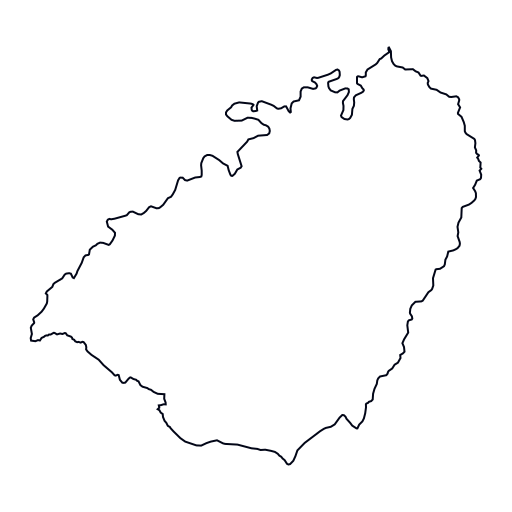 Tha Li, Loei, Thailand
{"feature_id": "78962969B23200832152912", "entity_name": "Tha Li", "entity_type": "district", "adm_level": 2, "iso_a3": "THA", "parent_name": "Thailand", "parent_adm1": "Loei", "projection": "mercator", "projection_center": [101.431, 17.624], "detail": "fine", "context": "isolated", "style": "outline", "palette": "ink", "viewbox_px": 512, "rotation_deg": 0, "n_neighbors": 0, "source": "geoboundaries", "source_scale": "gbopen_adm2", "svg_char_len": 5955}
<svg xmlns="http://www.w3.org/2000/svg" viewBox="0 0 512 512"><path d="M389.0,47.5L388.5,47.7L388.3,49.2L389.1,51.3L389.0,52.3L384.4,55.5L381.2,58.5L379.7,59.1L377.2,63.0L375.7,64.4L367.5,69.5L365.8,72.4L365.8,75.4L365.5,76.3L362.1,77.3L358.5,76.3L357.6,76.4L357.0,77.0L357.0,83.2L357.5,83.9L360.8,85.6L362.3,88.2L363.6,89.5L363.8,90.5L363.0,91.7L361.3,92.8L355.8,95.3L354.0,97.4L353.8,99.1L354.2,102.5L353.9,105.8L352.4,108.9L351.9,114.8L350.2,117.9L349.0,119.0L347.6,119.5L344.4,119.0L341.6,117.1L341.0,115.6L343.4,110.1L343.5,105.9L342.9,102.9L343.0,101.1L347.5,95.2L348.9,92.0L348.7,89.3L347.5,88.5L345.3,88.4L339.6,90.6L337.4,92.4L335.1,92.3L330.7,90.4L329.0,88.1L328.4,86.4L328.1,82.9L328.6,81.8L336.9,78.9L338.4,78.1L339.2,77.0L339.8,75.1L339.6,71.9L339.0,70.5L337.5,69.5L336.0,69.9L330.8,73.4L327.9,74.7L318.3,77.8L317.0,78.0L314.1,77.3L312.7,77.9L311.8,79.4L311.8,80.4L312.2,81.1L315.0,82.5L316.5,84.2L317.2,85.9L316.4,87.7L315.6,88.4L313.1,88.9L307.6,87.3L303.9,87.3L301.8,88.6L300.6,91.5L300.6,96.7L299.0,100.3L293.6,101.5L291.7,103.4L290.5,108.3L290.8,112.0L290.1,112.5L288.7,111.2L286.1,106.4L284.3,106.4L281.1,108.3L278.2,108.8L276.9,108.4L273.7,105.9L271.2,104.7L261.8,101.2L258.8,101.8L258.0,102.7L256.7,106.2L257.2,110.5L255.8,111.0L253.2,111.3L252.1,110.6L251.7,109.8L251.5,107.6L253.5,104.9L252.8,104.2L250.9,103.6L239.2,102.4L234.4,103.7L232.1,105.5L231.1,107.3L227.3,110.4L226.0,112.4L226.0,114.5L227.4,116.3L231.5,119.8L234.5,120.8L241.7,120.6L247.6,117.7L251.6,117.9L254.6,118.6L258.4,119.8L261.4,123.1L263.7,124.7L265.9,125.3L268.2,126.7L269.4,128.7L269.8,131.0L269.2,133.4L267.1,135.0L258.1,135.7L253.6,138.1L248.4,139.4L247.1,141.7L237.4,151.9L237.8,154.1L241.6,166.2L240.7,167.7L237.3,169.5L234.8,173.8L232.4,175.9L231.3,175.8L230.4,174.7L228.7,170.2L227.6,165.8L223.0,163.4L219.2,160.1L212.5,155.8L209.8,155.0L207.2,155.0L204.6,156.4L203.3,158.1L201.3,163.1L201.1,165.3L201.7,170.7L201.7,175.0L201.3,176.5L199.9,177.0L195.2,177.5L187.2,180.6L185.0,180.1L182.7,177.7L180.3,177.6L179.6,177.9L178.1,180.3L175.2,189.9L172.8,194.3L171.0,196.8L167.9,198.2L163.2,204.8L160.2,207.3L158.9,208.1L156.6,208.3L151.0,206.3L149.1,207.2L146.2,210.9L143.8,213.0L141.2,214.5L138.2,214.2L132.8,211.6L130.5,211.8L129.3,212.3L126.8,215.2L125.4,215.7L114.6,218.7L111.1,219.3L109.4,218.9L107.8,219.7L106.8,221.6L108.1,226.6L112.4,229.8L115.0,232.8L114.9,235.6L112.5,240.5L109.8,244.3L108.7,244.9L103.2,242.9L100.1,242.6L97.4,243.8L95.9,245.3L92.9,246.7L89.8,249.7L89.0,254.4L88.4,254.9L85.5,255.4L83.7,257.3L81.7,262.9L77.4,271.1L76.6,273.6L73.9,278.1L72.7,277.5L70.9,273.7L69.2,273.2L66.2,273.6L64.7,274.6L62.2,278.4L54.8,282.8L53.4,284.1L52.3,286.9L46.8,291.5L45.8,293.4L47.3,294.9L47.4,295.9L47.2,301.5L46.8,303.5L43.9,308.6L41.6,311.7L37.7,315.3L34.1,317.6L33.2,319.4L34.2,322.3L34.1,323.1L31.7,325.6L30.8,327.8L31.9,334.0L30.7,338.1L31.1,340.6L35.4,341.2L38.0,340.1L39.9,340.5L41.6,337.9L44.0,336.8L45.0,335.9L46.4,335.4L47.8,335.5L49.0,334.5L50.7,334.5L53.7,332.8L54.5,332.9L57.0,334.4L60.1,333.5L62.4,334.0L64.9,333.0L65.8,333.3L67.2,335.3L70.9,336.6L72.0,337.6L72.4,339.0L74.2,339.8L75.2,341.3L77.2,342.2L78.5,341.9L80.7,342.6L82.4,341.8L83.6,342.1L85.8,344.9L86.3,347.2L86.1,349.4L87.5,351.4L91.5,354.9L98.7,359.7L103.6,365.2L111.9,372.3L114.6,375.3L115.7,375.6L117.7,374.8L118.7,375.1L119.9,379.8L122.3,382.7L123.7,382.9L125.3,382.6L128.4,378.9L129.8,377.6L130.7,377.4L133.4,379.0L136.2,379.8L137.2,380.9L138.5,381.3L140.4,385.1L142.5,386.7L147.4,388.1L148.7,389.1L151.0,389.8L153.6,391.9L157.7,393.8L164.4,394.2L164.2,398.8L165.6,402.5L165.7,404.4L163.5,404.3L160.8,405.2L158.8,405.4L159.3,407.7L157.7,409.2L159.4,410.2L160.7,412.6L162.7,414.0L163.0,417.0L164.6,420.9L166.3,422.8L167.8,425.8L170.0,427.1L170.5,428.1L173.5,431.4L180.3,438.1L185.2,441.6L196.4,445.4L201.2,445.6L206.5,443.1L210.8,441.6L217.0,440.3L223.1,443.4L225.1,443.9L237.5,444.6L251.5,448.3L257.3,448.9L260.6,450.0L265.2,449.7L270.8,450.8L274.9,451.9L277.8,453.8L279.4,455.7L281.2,456.7L282.6,458.5L284.6,460.1L287.0,463.8L288.4,464.5L290.1,464.1L293.3,460.8L295.4,456.2L297.4,450.4L304.7,442.9L320.1,431.2L323.9,428.8L325.9,427.9L330.8,426.8L334.7,424.4L339.6,417.6L342.3,415.0L343.9,415.2L345.5,416.7L346.5,418.8L350.2,422.9L352.2,425.6L356.5,428.4L357.4,428.4L359.2,424.6L362.4,421.4L363.9,418.4L365.2,413.3L366.0,407.3L365.9,404.2L366.5,403.5L368.0,402.9L368.9,401.8L371.2,401.1L372.7,399.5L373.1,393.7L374.5,388.8L376.8,383.9L377.3,380.4L378.2,378.4L380.0,376.5L386.3,375.2L387.6,373.6L387.9,372.2L388.7,370.9L392.2,368.5L394.6,364.7L397.9,362.7L400.5,358.0L400.2,355.0L402.9,353.4L404.5,351.7L404.0,347.0L402.4,343.2L404.1,339.3L408.2,332.6L407.3,325.3L407.9,321.5L408.9,320.3L411.7,319.5L412.3,318.6L411.9,316.3L410.1,313.6L409.9,312.6L410.3,308.8L411.8,305.4L415.4,301.8L421.3,301.4L422.7,300.7L428.4,292.2L431.3,290.1L432.1,289.0L433.3,285.5L433.0,278.2L435.6,269.6L436.3,269.2L440.0,268.8L444.0,266.2L444.8,264.4L445.4,259.7L447.1,256.5L448.3,251.6L453.3,250.4L455.7,249.3L457.5,248.2L459.5,245.8L459.9,243.8L459.7,242.1L457.6,236.1L458.3,232.4L457.5,226.8L458.5,222.6L461.3,217.5L461.7,208.1L462.7,206.9L468.9,204.6L471.5,202.9L474.3,200.4L475.4,198.9L476.0,197.0L475.9,193.2L475.2,191.3L473.1,188.0L475.1,184.8L476.8,180.6L480.2,179.2L481.0,177.9L481.2,174.7L479.6,170.6L481.3,168.8L480.3,167.5L480.6,162.5L478.9,160.9L478.2,158.9L477.2,157.6L478.9,155.5L478.6,154.8L477.2,154.1L476.1,152.8L476.2,150.4L474.9,147.4L475.4,143.2L475.0,140.1L474.3,138.9L466.6,134.1L465.4,132.6L464.8,131.2L464.8,125.8L463.8,122.2L461.5,116.8L458.0,113.9L457.9,112.9L460.1,107.4L458.1,104.2L459.2,100.4L459.2,99.3L458.1,97.3L456.3,96.3L451.3,97.0L449.2,96.8L446.3,94.4L440.5,92.5L436.6,89.8L430.9,88.6L429.3,87.0L427.9,84.5L427.7,83.0L428.5,81.1L427.3,78.1L423.9,75.5L421.2,75.9L420.5,75.6L418.5,72.5L415.6,71.3L412.9,69.2L405.2,69.5L402.7,67.5L396.9,66.4L395.3,65.7L393.6,64.0L392.0,61.2L391.1,57.4L390.9,51.2L389.0,47.5Z" fill="none" stroke="#020617" stroke-width="2"/></svg>